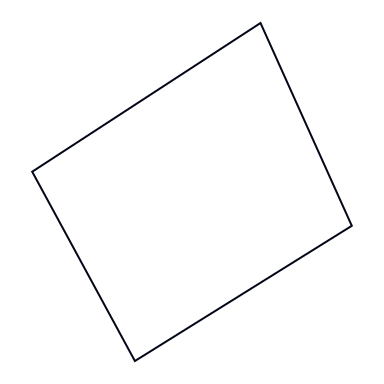 the border of City of Saint George
{"feature_id": "BMU-5135", "entity_name": "City of Saint George", "entity_type": "state/province", "adm_level": 1, "iso_a3": "BMU", "parent_name": "Bermuda", "parent_adm1": "", "projection": "orthographic", "projection_center": [-64.674, 32.375], "detail": "fine", "context": "isolated", "style": "outline", "palette": "ink", "viewbox_px": 384, "rotation_deg": 0, "n_neighbors": 0, "source": "natural_earth", "source_scale": "10m", "svg_char_len": 184}
<svg xmlns="http://www.w3.org/2000/svg" viewBox="0 0 384 384"><path d="M260.5,23.0L351.8,225.8L134.9,361.0L32.2,171.7L260.5,23.0Z" fill="none" stroke="#020617" stroke-width="2"/></svg>